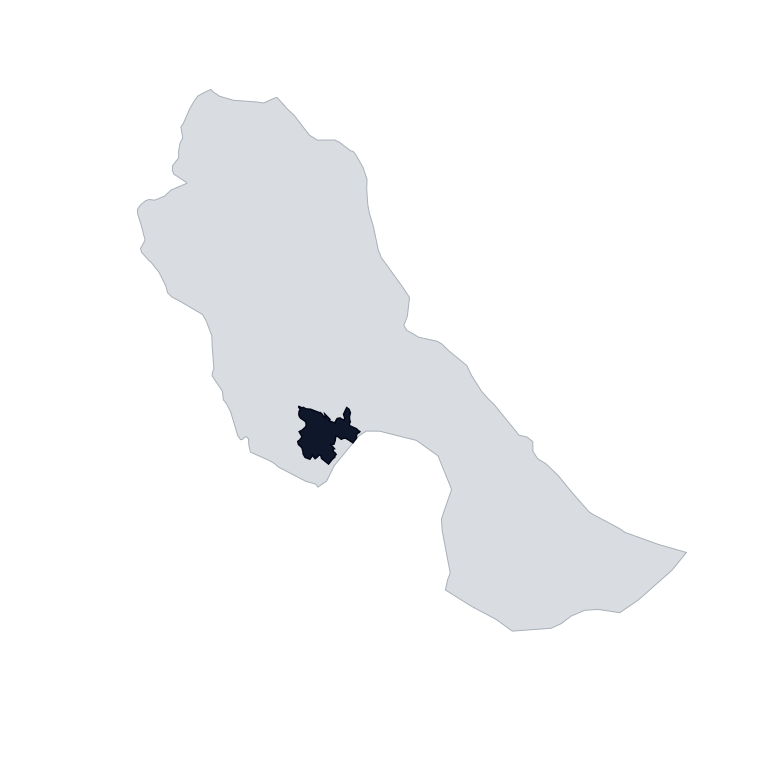 where Limbaži sits in Latvia, rotated 225°
{"feature_id": "LVA-1086", "entity_name": "Limbaži", "entity_type": "Municipality", "adm_level": 1, "iso_a3": "LVA", "parent_name": "Latvia", "parent_adm1": "", "projection": "robinson", "projection_center": [24.697, 57.497], "detail": "fine", "context": "in_parent", "style": "filled", "palette": "ink", "viewbox_px": 768, "rotation_deg": 225, "n_neighbors": 0, "source": "natural_earth", "source_scale": "10m", "svg_char_len": 3139}
<svg xmlns="http://www.w3.org/2000/svg" viewBox="0 0 768 768"><g transform="rotate(225 384 384)"><path d="M570.1,526.6L565.4,526.0L552.0,522.3L540.7,516.7L533.9,509.4L522.2,499.3L514.6,494.1L502.6,487.7L482.5,474.5L475.3,471.5L439.9,465.8L427.1,463.2L415.3,448.3L411.5,439.6L405.7,438.1L399.4,439.9L392.5,441.6L376.6,451.8L371.4,453.2L361.6,453.3L338.5,455.6L328.0,451.9L309.8,447.8L299.9,447.2L291.2,447.3L252.3,443.3L245.2,447.7L238.0,448.4L231.1,441.7L222.5,439.8L212.9,442.1L195.6,442.4L175.0,440.3L148.8,438.6L144.9,439.3L115.6,448.2L108.4,449.6L76.5,464.6L51.0,478.7L48.7,456.2L51.4,411.2L55.6,389.0L73.2,376.0L82.1,365.9L87.5,352.4L89.3,339.9L93.0,329.6L118.5,300.0L138.3,296.8L165.1,288.6L194.9,281.8L200.6,290.5L203.4,297.1L239.0,321.3L248.1,329.4L261.7,357.3L295.0,371.4L321.3,367.0L332.7,360.1L353.8,347.5L363.2,338.2L365.1,329.3L361.5,291.2L355.9,274.7L357.8,264.4L361.5,264.9L370.4,259.9L399.5,250.7L405.3,250.3L412.0,248.4L430.3,241.4L436.2,245.1L441.1,249.4L443.8,249.4L445.1,247.8L444.8,245.1L446.0,243.2L451.3,244.3L472.6,255.8L480.8,258.5L486.4,259.2L493.1,264.6L511.3,268.2L513.6,271.0L515.0,274.5L532.1,289.1L539.9,296.4L555.1,303.2L561.6,304.8L588.0,297.9L595.3,295.5L601.5,295.5L607.7,299.1L622.0,303.9L634.9,305.4L637.2,305.1L648.1,305.6L651.9,307.5L654.7,316.8L667.2,324.2L678.8,330.3L681.8,333.1L682.8,338.5L682.2,344.8L680.8,348.1L676.1,351.9L672.1,361.5L671.7,370.6L665.4,386.4L666.9,386.7L680.8,383.8L684.8,385.4L687.9,388.9L689.1,398.8L693.8,403.3L698.6,410.2L700.2,415.6L709.3,422.1L710.1,426.2L715.9,441.0L718.2,449.5L719.3,456.0L716.8,464.4L714.6,470.0L711.8,469.7L703.8,471.2L691.3,478.0L672.7,494.0L667.9,497.5L663.2,509.7L662.0,511.0L651.0,510.4L648.0,510.1L637.0,510.4L612.9,507.2L603.6,509.3L591.5,521.6L586.8,523.4L572.6,525.2L570.1,526.6Z" fill="#d9dde1" stroke="#a8b0b8" stroke-width="1"/><path d="M365.3,326.6L364.4,320.4L369.2,319.5L372.8,318.5L374.2,317.1L375.1,314.7L379.5,314.2L381.3,312.7L380.1,311.5L378.6,309.7L376.8,305.9L379.0,303.6L373.2,303.2L373.9,301.9L372.1,300.4L370.4,300.7L368.0,300.4L368.1,297.9L367.1,297.8L367.3,294.1L366.6,288.2L375.6,287.2L377.9,288.7L380.0,287.8L379.5,286.0L379.9,282.5L384.1,282.9L383.2,278.4L387.9,276.3L391.8,277.4L393.2,278.7L397.0,280.9L401.7,280.7L404.4,282.4L404.0,284.7L404.6,288.7L410.3,290.3L409.3,293.6L409.1,298.6L410.5,300.5L412.5,301.8L414.0,301.8L418.8,300.9L420.6,301.1L422.3,301.9L424.5,304.3L425.0,305.6L425.0,306.3L424.6,306.6L424.6,306.8L425.2,307.1L426.4,307.0L427.7,307.2L428.3,307.6L428.3,308.0L427.6,308.4L425.9,308.7L425.1,309.4L424.4,310.5L421.4,311.3L420.5,312.3L419.2,313.1L418.4,314.1L409.8,317.9L408.8,318.8L406.1,318.9L402.9,318.1L401.7,318.3L401.8,319.0L404.7,320.9L397.2,320.8L397.0,319.1L391.4,321.6L392.7,326.4L391.1,328.9L386.7,329.9L387.7,332.2L391.2,333.9L393.1,339.2L393.7,341.0L390.8,341.4L387.3,339.8L385.3,336.4L383.4,334.8L382.3,334.0L381.3,333.6L381.0,333.4L380.9,332.8L380.2,331.1L378.7,330.3L371.5,333.0L370.5,332.9L369.4,332.8L367.4,333.3L367.3,332.9L367.2,332.4L367.6,331.3L367.8,329.9L367.5,328.9L367.2,328.2L365.8,327.0L365.3,326.6L365.3,326.6Z" fill="#0f172a" stroke="#020617" stroke-width="1.5"/></g></svg>